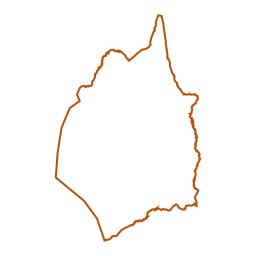 the district of Tarlac, Tarlac, Philippines
{"feature_id": "2640588B80128813909947", "entity_name": "Tarlac", "entity_type": "district", "adm_level": 2, "iso_a3": "PHL", "parent_name": "Philippines", "parent_adm1": "Tarlac", "projection": "equal_earth", "projection_center": [120.673, 15.515], "detail": "fine", "context": "isolated", "style": "outline", "palette": "amber", "viewbox_px": 256, "rotation_deg": 0, "n_neighbors": 0, "source": "geoboundaries", "source_scale": "gbopen_adm2", "svg_char_len": 5741}
<svg xmlns="http://www.w3.org/2000/svg" viewBox="0 0 256 256"><path d="M165.9,42.0L163.5,25.8L163.3,23.5L161.5,15.9L158.2,15.4L155.8,22.2L155.9,23.4L155.9,25.9L155.1,27.5L154.5,28.1L154.9,29.7L154.8,30.1L154.2,30.4L154.4,31.0L153.8,31.4L153.4,32.5L151.3,37.8L150.4,41.6L150.2,44.6L150.5,44.8L149.2,46.5L148.8,47.3L147.5,47.8L146.3,48.8L142.2,49.6L138.2,52.7L132.0,58.3L128.7,60.7L128.0,59.8L127.8,58.9L126.3,57.8L126.1,57.3L125.1,55.4L124.0,54.2L121.6,52.4L121.6,52.1L120.7,51.6L120.4,51.2L119.1,50.5L118.6,51.1L118.3,51.3L117.4,50.8L117.4,51.0L117.8,51.5L116.5,51.2L114.8,51.0L114.1,50.7L113.8,49.9L111.1,49.9L109.5,50.9L108.9,51.6L108.4,53.3L107.3,52.3L106.8,52.7L106.7,53.4L106.0,54.0L106.1,55.1L105.7,55.6L105.7,56.0L104.3,55.8L103.9,56.5L103.4,56.4L102.8,57.2L103.1,57.7L102.3,58.3L102.3,59.4L102.5,60.4L102.5,60.5L102.0,60.8L102.1,61.5L101.9,61.9L102.2,62.4L101.9,63.2L102.3,63.4L102.2,63.8L102.4,64.1L102.1,64.8L101.6,65.0L101.5,65.5L101.3,65.4L101.0,65.8L100.8,66.4L100.4,66.5L100.4,66.9L100.6,67.1L100.5,67.5L100.0,67.2L99.5,67.3L99.4,67.6L99.2,67.8L98.8,67.5L98.7,67.6L99.1,67.8L98.7,68.4L98.8,69.2L98.2,69.6L98.1,70.1L97.5,70.3L97.4,70.7L96.9,71.2L96.8,72.8L96.2,73.4L95.4,73.6L95.1,74.2L95.0,75.0L95.1,76.2L95.0,77.2L94.2,78.6L93.9,79.8L93.0,80.6L92.2,81.8L92.1,82.2L92.3,83.8L91.8,85.0L91.2,85.5L91.0,85.9L90.3,85.8L89.0,86.3L88.6,86.4L88.0,85.7L87.3,85.9L86.9,86.2L86.5,86.8L85.6,87.1L85.2,86.4L84.9,86.6L84.4,86.1L83.0,86.0L81.9,86.4L81.6,86.7L81.2,86.6L80.0,87.6L77.0,94.5L79.7,101.0L69.8,108.1L61.6,127.5L57.6,152.7L55.8,177.5L84.0,200.8L97.0,218.5L104.5,240.5L106.1,239.7L106.4,240.0L107.2,239.9L109.4,239.4L110.6,238.4L112.4,236.1L116.8,235.9L119.3,232.5L122.1,229.6L123.8,228.8L125.9,227.6L126.6,227.5L130.0,225.7L130.4,225.7L130.9,225.4L131.3,224.9L132.0,225.0L132.5,224.7L132.9,224.8L133.4,224.4L133.6,223.6L134.0,223.8L134.3,223.0L134.9,222.6L134.7,222.2L134.9,221.8L135.3,221.6L135.6,221.8L135.7,221.3L135.9,221.2L136.5,221.1L136.8,220.9L137.7,221.0L138.1,220.9L138.2,221.5L138.6,221.6L139.3,220.5L139.5,220.4L140.3,220.8L140.7,220.5L141.3,220.8L141.7,221.3L142.4,221.0L143.0,220.2L142.9,219.8L143.3,219.4L143.5,219.3L144.1,219.7L144.6,219.0L145.2,218.8L145.6,218.2L146.2,218.4L146.2,218.2L146.5,218.1L146.7,217.4L147.3,216.9L146.5,217.0L147.5,214.9L147.3,213.8L147.5,213.7L147.6,212.9L147.9,212.2L148.4,211.9L148.8,212.0L149.5,211.4L149.7,210.8L150.2,210.7L152.7,209.2L153.9,209.7L157.0,207.9L155.9,209.8L158.9,208.5L161.4,210.1L163.2,208.8L164.6,209.5L166.6,209.6L168.4,210.6L170.1,210.2L170.8,209.8L171.4,208.5L172.3,207.5L173.3,206.1L175.2,205.0L175.8,204.4L176.9,204.7L178.0,206.0L178.6,207.6L182.7,209.6L184.2,209.4L184.3,209.2L184.8,209.4L185.2,209.1L185.5,207.0L185.9,206.7L186.1,205.9L186.4,205.8L188.0,205.4L189.5,205.5L190.3,205.3L191.3,205.7L192.0,205.6L194.5,203.7L195.1,205.3L196.6,205.9L196.4,201.3L195.9,200.0L195.4,199.2L194.8,197.2L198.1,191.2L198.1,190.0L197.4,189.4L196.5,189.3L196.2,189.0L195.5,189.0L194.7,188.1L194.9,187.6L193.9,186.6L194.1,186.0L193.6,185.3L194.0,183.8L193.8,182.8L193.8,182.1L193.5,181.4L193.8,180.4L194.2,180.4L194.0,180.1L194.3,180.1L194.3,179.4L194.6,179.2L194.5,178.8L194.7,178.6L194.6,178.4L195.0,178.3L194.8,176.9L195.2,176.4L195.6,175.1L195.5,172.2L195.0,171.9L194.7,171.1L195.0,170.6L194.9,170.2L196.0,169.3L196.1,168.7L196.4,168.3L196.7,166.8L196.7,165.8L197.1,165.6L197.7,165.0L197.3,163.9L197.6,163.6L198.0,162.8L198.5,162.3L199.4,160.5L199.6,159.4L200.1,159.2L200.2,158.9L199.5,158.6L199.6,158.1L199.3,157.7L199.4,156.0L198.8,155.6L199.1,155.0L199.1,154.2L199.5,154.2L199.5,153.6L198.6,152.7L198.5,152.3L197.9,152.2L197.1,151.6L196.9,150.6L196.3,150.8L196.1,150.0L195.1,148.4L195.1,147.3L195.8,146.6L195.3,145.3L195.6,144.8L195.2,144.5L195.1,143.9L195.2,143.7L195.5,144.1L195.8,143.8L195.6,143.2L196.5,141.5L196.1,141.2L196.6,140.5L196.6,139.2L196.9,138.9L196.8,138.6L196.5,138.4L196.5,137.9L196.6,137.7L196.4,137.5L196.5,137.3L196.5,137.0L196.0,137.1L196.3,136.5L196.7,136.3L196.4,136.1L196.6,135.4L196.1,134.5L195.7,134.6L195.2,133.9L195.7,133.5L195.3,132.8L195.6,132.3L195.7,131.3L195.5,130.9L195.1,130.7L195.3,130.1L195.2,129.5L195.1,129.3L194.7,129.4L194.5,129.2L194.3,129.4L193.9,129.0L193.9,128.6L193.0,127.3L193.6,126.4L193.8,126.1L193.6,125.7L193.4,126.0L193.2,125.9L193.3,125.3L192.9,125.3L193.0,125.0L192.7,125.0L192.8,124.4L192.7,124.4L192.6,124.8L192.3,124.2L192.2,123.9L192.5,124.1L192.8,123.7L192.6,123.3L193.0,123.2L192.9,122.8L193.2,122.6L192.8,122.2L193.0,121.9L193.0,121.7L192.7,121.8L192.5,121.7L192.8,121.5L192.8,120.9L193.0,120.8L192.9,120.6L192.9,120.8L192.6,120.5L192.2,120.5L192.3,120.4L192.0,120.4L191.8,119.9L192.0,119.0L191.9,119.0L191.9,118.6L191.7,118.6L191.7,118.0L191.1,117.8L190.8,117.9L190.8,117.6L190.6,117.5L189.7,116.4L190.6,115.5L190.3,114.3L190.0,114.1L189.8,113.8L191.2,113.6L191.5,113.3L191.5,112.6L191.7,112.0L191.6,111.2L192.1,110.7L192.2,108.9L191.8,108.0L191.6,107.9L191.8,107.1L192.0,106.8L192.4,105.9L193.1,105.6L193.1,105.1L193.7,104.6L194.9,103.6L195.3,103.4L195.6,103.6L195.7,103.4L195.7,103.2L195.9,102.9L196.0,102.6L196.3,101.7L196.9,100.4L197.4,99.5L197.6,99.5L197.9,99.1L197.9,98.1L197.6,96.4L197.5,96.1L197.1,96.2L196.3,95.5L195.3,95.2L195.1,94.8L195.1,94.3L194.9,94.2L191.1,94.8L189.2,93.7L188.3,94.5L186.9,94.6L185.5,94.3L184.3,94.3L184.2,94.1L183.9,94.5L180.3,89.7L180.5,89.4L180.4,89.0L179.3,88.4L178.2,87.4L178.0,86.8L178.1,86.0L177.3,85.1L177.0,84.9L176.8,84.2L177.0,83.2L177.0,82.8L175.4,81.6L175.1,81.3L174.9,80.8L174.7,80.5L174.5,80.1L174.5,79.1L174.2,78.0L174.6,76.8L174.5,76.2L174.2,75.3L173.7,75.5L173.4,74.2L172.3,73.4L169.9,65.6L169.9,62.6L168.7,59.0L168.3,58.7L167.7,58.8L167.2,57.1L167.3,56.7L167.5,56.7L167.4,54.4L165.7,42.8L165.9,42.0Z" fill="none" stroke="#b45309" stroke-width="2"/></svg>